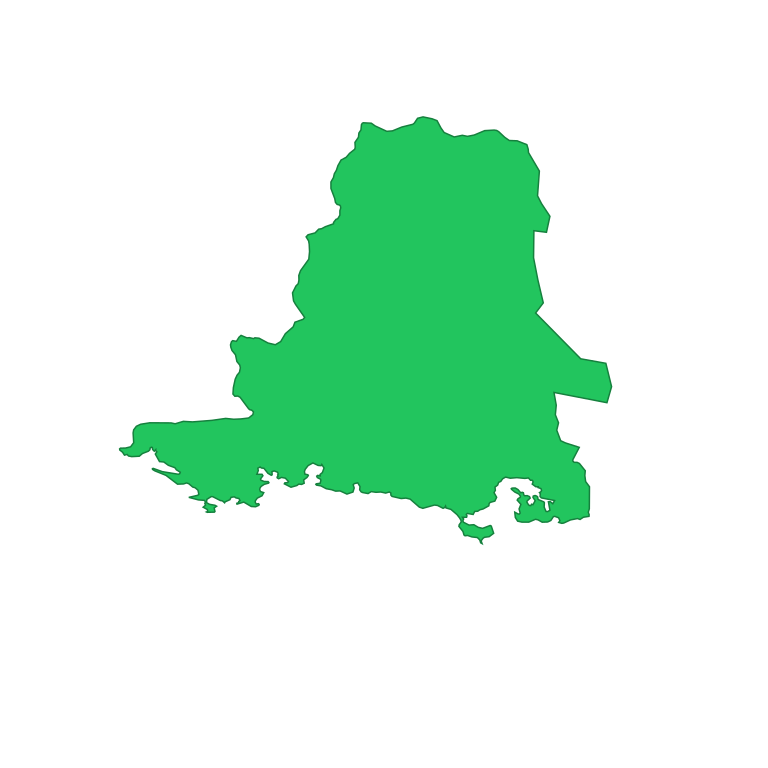 the district of Moho, Puno, Peru, rotated 325°
{"feature_id": "86281439B65851578200644", "entity_name": "Moho", "entity_type": "district", "adm_level": 2, "iso_a3": "PER", "parent_name": "Peru", "parent_adm1": "Puno", "projection": "natural_earth1", "projection_center": [-69.471, -15.35], "detail": "fine", "context": "isolated", "style": "filled", "palette": "green", "viewbox_px": 768, "rotation_deg": 325, "n_neighbors": 0, "source": "geoboundaries", "source_scale": "gbopen_adm2", "svg_char_len": 6171}
<svg xmlns="http://www.w3.org/2000/svg" viewBox="0 0 768 768"><g transform="rotate(325 384 384)"><path d="M145.3,288.5L140.4,290.1L135.5,288.2L131.3,285.4L130.2,285.5L129.7,286.6L130.7,289.9L130.6,293.4L133.2,294.4L133.4,296.4L135.7,298.8L142.1,302.8L146.3,302.4L152.4,303.9L154.5,303.6L155.7,302.3L157.1,302.3L157.8,303.1L156.9,305.0L157.3,307.3L159.3,306.9L158.8,307.6L159.0,309.3L156.5,310.2L155.6,318.8L158.9,321.6L160.7,326.9L164.7,332.6L164.7,335.2L166.5,339.4L165.2,340.3L163.8,340.0L152.1,328.6L146.6,320.8L145.8,320.5L145.4,321.2L146.4,323.6L153.0,333.8L157.4,347.6L162.5,350.9L165.5,351.8L166.9,353.7L168.2,358.7L169.8,360.7L170.7,364.3L169.0,368.2L167.5,368.3L159.1,364.9L165.5,372.5L170.1,376.3L170.1,378.4L168.8,378.9L168.3,380.9L165.2,381.2L167.3,385.5L166.5,387.3L165.2,387.0L165.6,387.7L171.6,391.7L172.4,391.5L173.8,388.1L176.8,388.1L176.0,386.4L172.1,382.5L170.6,379.4L172.7,376.9L177.8,377.1L179.1,378.1L183.1,385.6L184.6,387.0L185.3,389.9L186.2,389.4L191.4,390.4L193.7,389.1L196.7,390.6L197.4,392.4L199.5,394.6L199.2,396.9L197.6,396.9L196.7,397.8L195.0,397.3L194.7,398.1L201.4,400.3L205.0,408.2L208.4,410.9L211.9,411.6L212.7,411.0L212.5,410.0L210.5,409.0L210.7,407.0L211.6,405.9L214.8,404.8L220.0,405.6L223.2,404.0L221.1,401.2L221.6,399.2L222.6,398.2L224.5,397.4L228.4,397.5L232.6,399.0L233.2,398.7L233.1,397.4L230.0,395.2L228.0,392.2L228.3,391.0L232.2,389.7L232.3,388.0L228.1,385.0L231.4,382.8L232.3,380.6L234.9,380.9L235.4,382.5L237.3,384.2L237.7,390.6L239.3,394.1L240.3,394.2L242.0,391.5L244.2,392.2L246.2,395.2L245.7,397.2L244.7,397.5L244.4,398.8L243.0,398.9L242.7,399.7L243.4,401.2L246.4,401.7L249.2,404.6L249.8,409.1L248.6,409.5L246.0,408.1L245.1,408.6L248.6,415.2L254.4,417.2L256.8,417.1L258.9,419.0L261.7,419.5L263.2,416.5L267.2,416.4L269.5,415.6L269.6,414.7L267.5,412.4L268.7,410.0L270.5,408.7L275.1,407.3L280.5,407.9L283.3,412.9L285.6,414.8L286.9,414.2L286.7,418.4L282.7,421.2L279.8,421.4L279.1,422.7L277.2,420.8L276.0,420.9L275.7,422.4L277.4,425.6L277.1,426.6L274.8,428.7L271.3,426.9L270.6,427.1L270.7,428.1L273.9,431.3L276.6,436.6L280.5,440.6L282.9,444.0L286.7,446.4L290.5,452.9L296.6,454.7L299.9,452.1L301.0,448.8L302.6,448.6L305.8,449.9L305.5,454.3L303.4,456.7L303.4,459.2L304.2,460.6L308.1,464.6L311.8,464.8L315.3,468.1L319.4,470.6L322.8,474.3L326.4,475.5L327.1,477.1L325.9,479.0L326.1,480.7L332.4,487.7L336.5,490.0L339.4,493.3L342.3,505.1L344.5,508.1L355.9,512.1L358.2,514.2L361.1,519.7L362.8,520.0L364.4,519.3L363.7,521.1L366.9,525.1L368.9,532.9L369.1,537.0L368.9,539.7L368.1,541.3L364.9,542.4L363.7,543.6L364.1,550.1L362.9,553.6L363.3,554.8L365.6,556.0L368.3,559.7L372.4,563.3L373.0,566.7L372.1,569.5L372.8,571.0L373.6,568.2L376.5,567.2L378.4,567.2L382.6,569.4L388.2,569.2L390.4,561.9L389.8,560.8L382.0,558.8L379.0,555.5L376.9,550.8L372.7,548.3L369.8,542.8L370.1,541.3L371.8,540.3L371.8,538.2L375.2,540.5L376.3,539.6L376.6,538.0L378.0,537.8L382.2,542.0L385.2,540.4L387.8,542.0L390.3,542.0L393.5,543.2L400.0,543.9L401.6,542.2L403.1,541.9L407.6,543.5L411.3,541.4L411.8,536.1L414.2,535.0L415.8,532.1L419.1,532.0L421.5,530.3L423.8,530.8L426.7,529.7L430.2,530.0L433.4,533.6L439.1,536.9L445.2,542.1L448.4,543.8L448.8,546.9L450.1,547.7L450.3,548.8L449.8,549.9L448.0,551.0L449.4,555.2L451.4,556.6L450.8,557.2L452.6,559.7L452.0,561.6L450.5,562.3L449.1,562.1L449.1,563.5L447.3,565.7L447.6,567.6L456.9,577.3L453.6,578.9L452.7,575.8L451.1,574.8L447.5,582.6L444.9,582.4L443.6,581.3L444.6,576.7L447.3,573.2L447.3,572.2L444.0,567.0L445.1,564.6L444.8,563.4L443.8,562.0L442.0,561.4L441.0,562.3L440.9,566.3L436.8,568.3L435.9,567.1L434.5,567.8L433.8,567.4L433.1,566.0L433.3,562.6L434.2,561.9L438.3,561.3L438.6,559.7L437.3,557.6L435.1,556.2L434.9,555.0L435.8,553.0L435.1,552.0L433.6,551.5L433.2,547.3L431.9,544.5L429.2,542.7L428.1,542.8L428.1,543.6L429.2,547.6L431.3,551.4L431.5,554.0L430.5,555.0L428.1,554.8L426.5,555.5L427.1,561.1L423.0,563.8L421.5,567.8L420.3,568.2L419.4,567.5L417.6,564.0L415.0,568.7L414.8,573.0L417.8,576.3L423.4,580.2L430.5,581.7L432.3,583.7L434.3,587.9L438.9,590.9L442.4,591.5L446.7,589.8L448.0,590.4L450.3,593.7L449.7,596.9L447.7,597.6L449.7,600.1L451.5,601.0L458.8,602.3L465.3,605.2L466.9,607.4L470.9,607.5L476.0,610.0L477.1,608.7L477.8,606.2L480.6,604.0L493.4,586.0L493.2,579.6L496.0,574.2L499.1,570.5L498.5,561.2L497.2,558.9L494.8,557.2L494.5,555.3L495.3,554.3L507.6,547.9L498.8,536.3L496.2,531.8L499.0,520.9L504.7,515.9L506.7,507.5L512.9,500.2L518.4,488.4L555.9,527.2L568.9,516.7L577.6,494.3L559.6,476.2L548.9,412.8L561.0,408.9L569.7,387.1L578.9,366.4L594.7,344.4L604.1,352.9L616.1,341.8L616.5,326.6L617.7,317.9L633.4,298.7L635.1,277.3L636.8,274.4L638.3,269.9L632.6,261.2L626.3,256.4L624.4,251.2L622.7,243.1L621.7,240.9L619.9,239.2L611.8,234.2L600.7,231.8L594.4,229.0L590.8,225.2L583.2,221.9L577.5,212.5L577.5,206.9L578.5,198.7L575.5,194.3L569.2,187.6L563.9,185.6L558.5,187.7L556.6,187.8L545.9,183.7L536.1,181.5L531.2,178.6L524.8,167.6L523.2,163.1L516.8,158.1L515.7,158.0L514.3,158.6L510.8,162.7L507.4,164.0L504.6,167.2L498.8,169.4L496.2,173.6L494.7,174.9L488.1,175.3L483.1,176.6L477.3,175.9L471.5,178.7L467.6,181.6L463.9,183.3L461.0,185.9L456.4,188.1L452.7,193.4L450.0,203.9L448.4,207.4L448.6,210.0L450.3,212.0L450.4,213.2L449.6,214.9L447.3,216.7L444.7,220.4L440.9,222.1L439.1,221.6L435.4,222.7L434.5,223.8L426.2,221.5L422.0,221.0L419.3,219.7L414.2,220.7L407.4,218.2L404.6,218.8L404.3,223.6L402.9,226.6L398.9,232.9L394.0,238.6L380.6,243.3L376.5,246.2L373.9,250.1L371.3,252.6L368.1,253.2L361.3,256.9L357.6,264.0L357.2,268.0L357.2,283.9L354.9,284.6L346.5,282.3L342.4,285.1L332.1,286.2L323.7,290.0L317.5,289.5L312.5,283.9L307.9,274.8L304.7,272.1L303.2,272.0L300.3,268.8L298.2,267.6L294.8,262.2L292.1,262.5L287.6,264.4L284.9,261.7L283.3,261.9L280.7,263.9L279.6,266.1L278.7,269.4L279.1,274.9L276.4,281.2L276.7,285.8L275.6,288.4L272.3,291.5L268.7,292.5L264.9,294.7L258.5,300.6L254.5,305.6L254.8,308.5L257.3,310.0L258.5,312.3L258.9,326.6L259.3,328.1L260.6,329.5L261.1,331.9L259.0,333.9L253.6,334.2L246.7,330.5L240.7,326.7L234.6,321.4L222.2,315.1L205.4,305.2L198.2,299.5L190.1,296.8L187.3,293.8L170.0,281.5L161.6,277.4L156.9,276.6L152.6,278.0L150.4,280.2L145.3,288.5Z" fill="#22c55e" stroke="#15803d" stroke-width="1.5"/></g></svg>